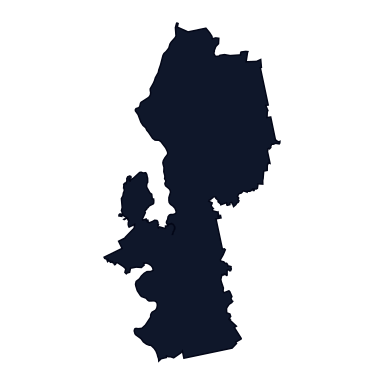 Skrundas pag., Skrundas, Latvia
{"feature_id": "27541924B9575577948476", "entity_name": "Skrundas pag.", "entity_type": "district", "adm_level": 2, "iso_a3": "LVA", "parent_name": "Latvia", "parent_adm1": "Skrundas", "projection": "albers", "projection_center": [22.046, 56.695], "detail": "fine", "context": "isolated", "style": "filled", "palette": "ink", "viewbox_px": 384, "rotation_deg": 0, "n_neighbors": 0, "source": "geoboundaries", "source_scale": "gbopen_adm2", "svg_char_len": 6078}
<svg xmlns="http://www.w3.org/2000/svg" viewBox="0 0 384 384"><path d="M107.0,260.1L107.3,260.4L107.4,261.2L107.6,261.5L108.2,260.1L108.4,260.8L109.1,261.2L110.0,260.9L110.4,262.3L111.4,262.1L111.9,261.4L113.2,261.5L112.3,261.9L112.2,262.4L113.8,263.1L114.5,264.7L115.3,264.5L116.0,263.4L116.0,262.7L117.7,262.8L123.3,266.5L125.8,268.8L124.9,272.4L126.3,273.8L127.8,272.4L128.1,272.7L129.6,272.3L130.5,268.2L136.2,267.1L141.4,267.5L144.0,265.2L143.5,264.7L144.1,263.9L143.7,263.2L146.5,263.1L148.5,263.8L151.1,265.5L152.7,267.7L153.2,270.4L150.8,271.5L147.0,271.6L144.2,273.3L141.4,276.0L139.5,278.8L136.2,281.4L135.5,284.1L135.8,285.9L137.3,290.7L140.4,295.4L141.5,296.5L146.1,298.2L147.7,300.1L149.1,301.0L153.9,300.8L155.1,301.1L156.5,302.1L157.2,303.6L157.3,305.7L156.8,308.2L155.6,310.2L152.1,312.2L151.2,313.6L150.7,315.0L150.6,317.2L145.4,325.1L141.9,328.3L138.2,328.7L136.0,328.4L135.0,328.7L134.6,329.3L134.2,330.9L135.0,333.8L135.9,334.9L141.0,338.6L143.4,341.9L146.4,344.1L149.2,345.2L151.1,345.4L154.2,348.4L156.0,351.1L157.2,354.1L157.9,356.8L158.6,358.7L158.8,361.0L161.2,358.7L166.4,357.5L166.5,355.9L168.3,356.7L170.7,356.8L173.7,357.8L180.9,352.8L182.4,350.9L183.9,358.2L232.1,348.1L236.5,343.5L235.6,342.2L241.1,339.0L241.2,338.4L234.3,327.5L236.4,326.2L229.2,319.5L230.1,319.2L229.1,318.3L230.7,316.5L229.9,314.0L226.7,312.8L226.5,308.5L227.2,307.1L229.1,304.3L231.7,302.6L232.7,301.3L232.1,301.0L230.9,298.5L231.9,296.6L229.8,291.7L228.9,290.8L224.4,292.6L224.1,292.7L223.0,291.3L223.4,288.0L221.3,281.8L220.8,279.6L221.6,276.0L221.9,275.7L221.7,275.6L221.9,275.1L221.7,274.8L222.0,274.5L223.6,275.0L224.3,274.4L224.0,274.1L224.3,273.7L225.2,274.6L225.8,274.2L226.5,275.4L226.9,275.4L227.1,275.1L227.1,270.2L228.3,269.6L229.7,270.8L230.6,270.7L231.3,269.0L230.9,267.1L231.0,266.6L228.8,266.0L228.0,266.3L227.5,264.4L226.6,263.3L224.9,263.3L223.8,261.8L220.7,261.1L220.4,259.6L223.2,254.7L225.3,249.7L224.3,248.8L222.4,249.2L216.0,218.9L221.0,217.9L220.5,215.5L218.2,216.6L218.1,215.1L218.7,214.6L218.3,213.9L218.0,211.9L217.6,212.1L213.0,210.9L212.6,210.4L212.6,208.6L213.2,208.5L211.2,206.1L211.4,204.8L211.7,204.5L212.2,202.9L208.7,201.2L209.4,199.9L210.7,199.7L210.9,198.9L212.7,197.8L213.3,196.9L214.1,196.7L216.0,197.3L215.8,198.2L218.9,201.1L218.1,201.8L220.5,203.8L220.8,204.8L226.5,202.7L226.9,203.2L226.7,204.9L227.4,205.3L229.9,204.6L229.7,203.5L230.0,203.0L231.3,202.4L232.2,203.0L232.2,203.8L232.6,203.9L233.6,206.6L236.0,204.5L236.4,203.4L238.3,202.2L238.7,201.4L238.9,200.5L237.8,199.6L238.7,198.0L237.4,196.4L238.9,193.7L241.3,193.0L243.4,190.8L247.0,192.1L246.9,191.5L247.3,191.2L249.8,191.3L250.9,190.8L252.5,189.1L252.8,189.3L253.1,190.5L253.9,190.6L254.2,190.2L253.8,189.0L256.2,189.0L257.4,188.3L258.0,183.8L262.8,184.1L262.7,180.6L263.1,178.5L263.7,171.1L267.2,170.4L267.3,165.3L268.4,162.9L270.0,163.4L267.5,151.6L267.9,149.0L268.6,148.4L269.5,148.9L270.8,147.5L270.8,146.1L271.6,144.3L273.5,144.2L275.6,143.3L279.2,143.9L279.8,143.0L279.9,141.4L278.9,141.9L277.1,141.1L276.1,140.2L275.5,140.2L270.7,117.0L267.0,117.6L267.3,111.6L267.9,110.6L265.7,105.4L268.2,105.0L260.3,67.7L261.4,67.4L260.7,59.5L256.6,61.4L246.1,61.8L247.5,52.6L247.9,51.6L245.7,51.4L241.1,52.0L240.6,53.1L240.6,54.9L230.1,55.6L224.5,54.6L219.9,55.3L218.9,56.2L215.4,56.4L214.0,53.9L213.9,52.7L214.3,51.6L214.3,50.4L215.8,46.5L218.5,43.7L218.8,38.3L215.7,37.9L212.3,38.8L211.9,36.3L209.6,32.7L205.9,28.2L188.0,31.9L177.3,27.1L178.1,23.5L176.9,23.0L176.5,23.5L175.4,27.6L176.0,36.0L175.1,37.7L171.2,42.1L170.0,44.0L168.8,48.1L166.2,51.5L164.0,53.5L163.0,55.4L160.5,65.0L158.8,69.9L158.3,72.5L155.4,77.7L154.5,80.7L153.4,83.2L150.2,88.9L150.3,90.7L150.7,92.7L150.3,95.2L149.0,97.1L147.8,98.0L141.1,102.3L140.5,103.2L139.9,105.9L139.3,107.1L138.8,107.7L136.0,108.6L135.3,109.9L135.5,111.0L138.1,114.6L140.9,122.1L143.1,125.5L145.7,127.7L146.8,130.2L148.5,132.2L152.6,138.3L155.0,140.1L159.0,140.3L160.9,141.6L165.7,147.9L167.2,151.0L167.7,152.6L167.6,154.3L165.0,157.7L163.4,160.5L162.9,162.5L163.0,163.9L164.0,167.5L163.8,171.8L164.8,175.5L164.9,177.0L164.6,178.7L165.8,180.6L165.7,181.7L165.0,183.1L164.9,183.9L165.6,185.8L169.2,188.8L170.3,190.6L170.5,192.3L168.9,197.5L168.9,200.6L169.2,202.5L170.5,204.3L173.0,206.1L175.0,208.3L176.0,211.0L176.2,212.2L175.8,213.2L174.7,214.0L172.9,214.5L170.7,214.5L169.4,215.0L168.1,216.7L167.6,219.5L166.6,221.3L166.4,222.7L166.8,223.6L167.9,224.4L171.7,223.4L173.4,224.5L174.7,226.6L174.9,228.2L174.6,229.6L173.3,232.2L172.7,234.4L172.4,234.4L173.0,232.2L174.2,229.8L174.6,227.5L174.1,225.8L173.6,225.1L172.0,223.9L167.6,224.7L167.7,225.0L167.4,224.8L167.1,225.9L166.7,226.3L165.5,226.1L165.5,228.1L165.1,228.5L159.6,226.9L158.4,227.9L157.9,226.1L158.4,224.7L157.9,224.7L158.0,222.6L157.6,221.3L156.9,220.5L154.7,220.2L152.5,221.5L149.5,222.7L148.2,222.4L148.1,221.5L147.3,221.7L147.2,221.0L148.0,221.0L147.5,220.8L147.5,220.5L147.9,220.4L147.8,220.1L146.3,220.3L146.1,219.0L142.9,220.1L142.5,219.3L142.5,218.7L145.3,212.7L144.9,211.5L144.9,211.0L146.9,208.8L147.0,208.1L147.9,207.6L149.2,205.9L153.3,203.8L153.7,203.0L153.8,200.5L153.6,199.0L152.3,199.1L151.7,194.2L149.8,192.8L146.7,187.2L146.6,185.7L146.9,183.5L147.7,182.2L147.6,177.9L147.1,177.4L147.2,176.7L146.7,174.3L145.7,172.7L143.2,173.0L141.1,172.2L139.6,172.5L133.3,178.3L130.6,179.8L130.2,181.2L129.9,181.2L129.4,180.6L129.0,179.1L131.0,177.6L130.9,176.5L129.7,176.0L127.7,176.8L126.8,178.6L126.9,180.6L125.9,183.7L125.1,183.0L123.7,184.3L123.9,184.8L123.6,188.0L124.0,188.1L124.3,190.9L123.4,192.9L122.9,195.9L121.4,198.6L122.2,207.6L121.4,210.7L122.2,212.0L122.1,212.7L122.5,213.2L122.8,214.5L122.3,214.9L122.1,214.5L120.0,213.9L119.1,214.6L118.9,215.9L121.6,216.4L121.3,214.8L121.7,214.5L122.8,215.5L123.2,215.2L124.2,216.2L126.5,217.4L126.5,217.8L126.3,218.1L123.8,219.3L124.2,219.6L127.0,218.1L127.7,218.3L127.9,219.9L129.1,220.6L128.4,222.1L128.2,224.3L128.5,225.9L129.1,227.1L134.6,224.4L134.1,228.2L125.2,237.4L125.2,237.9L118.6,241.2L122.1,248.4L104.1,257.2L104.7,258.4L107.2,259.4L107.0,260.1Z" fill="#0f172a" stroke="#020617" stroke-width="1.5"/></svg>